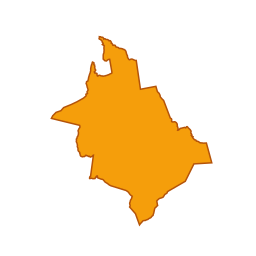 the district of Jano, Olancho, Honduras, rotated 162°
{"feature_id": "27666195B16054115349616", "entity_name": "Jano", "entity_type": "district", "adm_level": 2, "iso_a3": "HND", "parent_name": "Honduras", "parent_adm1": "Olancho", "projection": "orthographic", "projection_center": [-86.513, 15.059], "detail": "fine", "context": "isolated", "style": "filled", "palette": "amber", "viewbox_px": 256, "rotation_deg": 162, "n_neighbors": 0, "source": "geoboundaries", "source_scale": "gbopen_adm2", "svg_char_len": 5902}
<svg xmlns="http://www.w3.org/2000/svg" viewBox="0 0 256 256"><g transform="rotate(162 128 128)"><path d="M59.1,69.0L58.1,89.5L61.0,90.3L61.7,90.7L63.9,91.6L64.5,92.2L65.0,93.1L66.1,94.0L67.0,94.4L67.1,95.2L67.2,95.5L67.7,95.9L68.3,96.2L68.5,96.4L69.1,98.2L69.4,98.5L69.5,98.8L69.4,99.0L68.9,99.6L69.1,99.7L69.4,99.8L69.6,99.9L69.7,100.1L69.8,100.4L69.8,100.6L69.4,101.1L69.4,101.5L69.9,101.7L69.7,101.9L69.5,102.0L69.4,102.2L69.5,103.1L69.6,103.3L69.8,103.5L69.7,104.1L69.1,105.2L69.0,105.6L69.4,107.2L70.7,109.6L71.0,110.5L71.3,111.0L71.6,111.1L71.9,111.1L72.6,110.6L72.9,110.3L73.1,110.3L73.4,110.5L73.8,111.0L74.1,111.1L77.2,111.3L78.4,111.5L78.9,111.3L79.3,110.9L79.7,110.7L81.3,110.4L81.5,110.6L81.4,110.7L81.1,110.8L80.9,110.9L80.6,111.7L80.4,113.7L80.7,114.4L80.2,115.5L80.2,115.9L80.0,116.4L80.0,116.7L80.2,117.1L80.3,117.8L80.4,118.2L80.8,118.6L81.3,119.3L81.6,119.5L82.0,119.6L83.5,119.9L84.4,120.5L84.5,120.7L84.4,121.2L83.9,122.2L83.8,123.2L83.9,123.5L84.7,124.3L85.6,143.1L85.8,143.7L86.1,144.1L86.4,144.6L86.9,145.8L87.6,147.4L87.6,148.2L87.5,148.7L87.4,149.2L87.7,151.4L88.5,152.8L88.8,153.8L88.6,159.0L104.2,161.0L99.3,189.7L99.8,189.8L100.0,189.9L100.7,190.4L102.7,192.2L103.1,192.4L103.8,192.6L105.2,192.4L105.5,192.5L105.9,192.8L106.2,193.6L106.3,194.2L106.6,195.4L106.3,196.5L106.2,197.3L106.3,197.7L106.5,198.0L106.5,198.8L106.4,199.5L106.4,200.3L106.3,201.6L106.7,203.0L107.3,203.5L107.5,204.0L107.8,204.1L108.2,204.2L108.3,204.6L108.9,205.1L110.2,205.9L110.9,206.1L111.8,206.4L111.9,206.6L112.2,207.3L112.5,207.6L112.8,207.9L113.7,208.3L114.3,208.9L114.7,209.2L114.7,209.3L114.5,209.9L114.6,210.4L114.7,210.6L115.3,211.0L115.9,211.1L116.3,211.2L116.6,211.2L116.8,211.3L116.7,212.1L117.1,213.3L117.7,213.7L117.4,214.3L117.3,214.6L117.7,216.1L117.8,216.4L118.1,216.6L118.4,216.8L118.7,216.8L118.8,216.7L119.0,216.7L119.6,217.9L120.0,218.3L120.4,218.6L121.3,218.9L121.6,219.0L121.8,219.2L122.0,219.7L122.2,219.9L122.7,220.2L123.5,220.0L123.5,220.5L123.6,221.1L123.8,221.7L124.0,222.1L125.3,222.5L125.8,223.2L126.2,223.4L126.6,223.5L127.0,223.7L127.1,223.0L127.7,222.4L127.9,222.0L127.9,221.6L127.7,221.3L126.6,220.5L126.3,219.4L125.8,218.8L125.8,218.2L126.0,217.7L125.8,217.2L125.5,216.3L125.5,216.0L125.6,215.8L126.2,215.6L126.6,215.3L126.2,215.0L125.9,214.9L125.9,214.3L125.5,214.2L125.4,213.7L125.2,213.5L125.8,212.5L126.5,210.5L126.5,209.6L127.1,208.6L127.4,207.5L127.8,206.8L128.3,206.3L129.0,205.1L130.3,201.2L130.2,201.1L129.9,200.7L129.6,199.7L129.3,199.2L129.0,199.0L128.0,198.5L127.7,198.4L126.5,199.0L125.4,199.2L124.6,199.1L124.2,199.0L126.0,186.4L126.2,185.7L126.5,185.2L126.9,185.1L128.8,184.9L129.4,184.7L130.7,184.7L131.8,184.6L133.0,184.7L133.7,184.6L134.7,184.9L135.8,184.9L136.2,185.4L136.7,185.6L137.4,185.8L138.6,186.9L139.5,187.1L139.9,187.0L140.1,187.0L140.6,186.7L141.0,186.9L141.1,187.1L141.0,188.3L140.7,189.1L140.7,189.4L140.9,189.7L141.4,189.9L141.9,190.4L142.6,190.6L142.7,191.7L142.7,191.8L142.5,192.0L142.2,192.0L141.6,192.3L141.1,192.7L140.8,193.1L141.2,194.2L141.0,195.0L141.0,195.8L140.5,196.8L140.5,197.7L140.3,198.2L140.4,198.3L140.8,198.6L140.9,198.8L140.7,199.4L140.3,200.1L140.2,200.3L140.3,200.5L141.2,201.6L141.4,201.7L141.6,201.5L141.7,201.2L142.1,200.9L142.3,200.3L143.1,199.5L144.0,198.1L145.2,195.9L145.9,193.7L146.3,193.3L146.9,192.2L147.6,191.4L148.5,190.2L149.2,189.1L149.7,188.5L150.0,187.9L150.3,187.5L150.4,187.0L151.3,185.7L151.8,185.0L152.7,185.0L153.1,184.8L153.3,184.5L153.5,184.0L154.0,183.4L154.1,183.1L153.9,181.9L154.0,181.3L154.0,180.7L154.2,179.7L154.1,178.6L154.2,176.5L154.5,176.1L155.5,175.4L155.8,175.1L155.9,174.7L155.8,173.7L155.9,173.3L156.2,173.2L157.3,173.3L157.6,173.1L157.7,172.9L157.8,171.9L158.1,171.5L158.4,171.2L159.7,170.8L161.0,170.2L168.5,168.7L174.7,167.9L182.9,167.3L186.5,165.2L191.6,165.1L195.8,162.9L197.9,160.8L173.2,145.5L173.2,145.1L173.2,144.5L173.4,143.9L173.5,143.6L173.8,143.2L174.7,142.7L175.4,141.8L176.0,141.3L176.2,141.1L176.4,140.6L176.4,139.3L176.7,138.6L177.0,137.6L178.1,135.9L179.2,135.1L179.7,134.0L180.2,133.6L180.6,133.4L180.7,132.5L181.4,131.0L181.4,130.6L181.2,129.3L181.3,128.4L181.4,127.1L181.7,126.7L182.0,125.9L182.0,125.7L181.9,124.8L181.8,124.2L182.3,122.8L182.4,122.2L182.3,121.3L181.7,120.2L181.5,119.6L181.5,119.4L181.7,119.1L181.7,118.9L181.7,118.4L181.6,118.0L181.8,117.3L181.8,116.6L181.7,116.0L181.5,115.7L180.6,114.9L180.1,114.6L179.3,114.6L178.9,114.5L178.5,114.3L177.5,114.5L176.9,115.0L176.6,115.1L176.4,115.0L176.1,114.9L176.0,114.5L175.0,114.1L174.5,113.2L174.1,113.1L173.7,113.1L173.4,113.0L172.9,112.0L172.4,112.1L171.1,112.0L170.6,112.3L169.8,112.8L169.3,112.8L178.5,93.7L179.1,93.6L179.5,93.2L180.0,92.4L180.1,92.2L180.1,91.9L180.0,91.7L179.9,91.6L179.2,91.7L178.4,91.6L177.0,90.6L176.1,90.4L175.1,90.1L174.9,90.2L174.3,90.9L173.6,91.3L173.0,91.8L172.5,92.0L172.2,92.0L172.0,91.9L171.9,91.8L171.9,91.6L172.5,90.7L172.5,90.3L172.1,89.9L171.6,89.5L171.4,89.3L170.1,88.3L169.7,87.9L168.1,87.0L167.8,86.7L167.4,86.1L166.9,84.7L166.4,83.5L165.8,82.9L165.4,82.3L164.9,81.9L163.5,79.7L162.1,78.3L149.2,69.2L148.1,67.8L147.6,67.1L147.3,66.4L146.9,64.9L146.3,63.5L145.6,62.4L145.1,61.8L146.6,59.6L148.0,58.5L149.0,56.8L149.5,56.3L149.8,55.5L149.9,54.0L150.0,53.3L150.4,52.8L150.9,52.4L147.4,44.2L147.0,32.3L145.1,33.6L144.2,33.9L144.1,34.1L143.7,34.4L142.4,35.1L142.0,35.1L141.0,35.0L140.6,34.8L140.3,34.7L139.4,34.8L138.9,35.0L138.5,34.9L138.0,34.9L137.3,34.9L136.5,35.3L135.9,35.4L135.5,35.5L134.3,35.6L133.6,35.9L133.1,36.3L132.2,36.8L131.2,37.1L130.7,38.0L129.9,39.0L127.4,43.3L127.0,43.6L125.7,44.1L125.2,44.6L123.9,45.0L123.7,45.2L123.7,45.4L123.7,46.5L123.5,47.3L123.4,48.5L123.2,49.2L123.2,49.6L122.9,50.0L122.0,50.4L120.5,51.1L119.4,51.3L117.9,51.2L116.5,51.3L116.2,51.3L115.4,51.8L113.7,53.3L113.0,53.6L112.2,53.7L111.0,54.1L110.7,54.4L110.2,55.2L108.8,55.6L90.0,59.6L76.4,73.5L59.1,69.0Z" fill="#f59e0b" stroke="#b45309" stroke-width="1.5"/></g></svg>